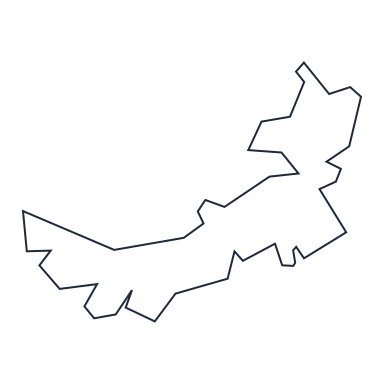 the border of Inner Mongol
{"feature_id": "CHN-1838", "entity_name": "Inner Mongol", "entity_type": "Autonomous Region", "adm_level": 1, "iso_a3": "CHN", "parent_name": "China", "parent_adm1": "", "projection": "albers", "projection_center": [116.94, 45.357], "detail": "coarse", "context": "isolated", "style": "outline", "palette": "slate", "viewbox_px": 384, "rotation_deg": 0, "n_neighbors": 0, "source": "natural_earth", "source_scale": "10m", "svg_char_len": 689}
<svg xmlns="http://www.w3.org/2000/svg" viewBox="0 0 384 384"><path d="M281.5,152.5L248.3,150.1L261.5,121.6L290.0,116.7L304.2,82.0L296.0,71.6L303.9,62.6L329.1,94.0L350.1,87.1L361.0,96.7L349.2,146.3L326.5,161.7L340.9,168.9L335.9,181.6L319.5,189.1L346.2,232.3L304.0,258.3L296.2,246.9L293.1,250.3L295.2,262.7L293.3,265.9L282.2,265.3L275.0,243.7L242.9,260.8L234.5,251.4L227.6,278.7L175.5,293.6L154.8,321.4L125.7,307.6L132.0,290.1L115.8,314.4L94.1,318.3L84.4,306.4L97.1,284.1L59.7,288.9L39.4,265.4L50.7,250.6L26.8,251.3L23.0,211.1L114.2,249.9L183.8,237.8L203.5,223.5L197.8,211.4L205.3,200.0L224.5,206.9L269.5,176.6L298.5,173.5L281.5,152.5Z" fill="none" stroke="#1e293b" stroke-width="2"/></svg>